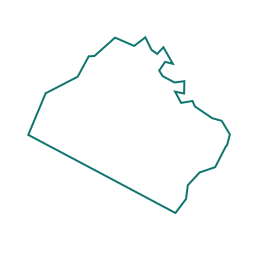 outline of Lee, North Carolina, United States of America, rotated 81°
{"feature_id": "52423323B85363344539389", "entity_name": "Lee", "entity_type": "district", "adm_level": 2, "iso_a3": "USA", "parent_name": "United States of America", "parent_adm1": "North Carolina", "projection": "equal_earth", "projection_center": [-79.189, 35.468], "detail": "fine", "context": "isolated", "style": "outline", "palette": "teal", "viewbox_px": 256, "rotation_deg": 81, "n_neighbors": 0, "source": "geoboundaries", "source_scale": "gbopen_adm2", "svg_char_len": 595}
<svg xmlns="http://www.w3.org/2000/svg" viewBox="0 0 256 256"><g transform="rotate(81 128 128)"><path d="M41.2,96.7L47.9,109.1L36.7,126.7L51.6,149.8L51.6,150.0L51.1,155.6L69.5,169.7L80.8,203.9L119.2,227.6L169.3,160.9L219.2,94.7L219.3,94.6L219.3,94.4L207.2,81.8L193.9,77.9L183.1,64.2L180.3,48.0L161.3,34.1L161.1,33.8L160.9,33.5L160.7,33.2L160.2,32.7L150.3,28.4L135.6,34.3L131.4,43.4L117.1,58.6L111.4,60.1L111.5,71.6L99.5,75.8L102.7,67.2L90.6,65.0L90.3,75.0L82.1,85.7L76.1,88.2L68.5,81.0L71.6,73.7L53.8,80.4L59.4,87.6L54.4,92.6L41.2,96.7Z" fill="none" stroke="#0f766e" stroke-width="2"/></g></svg>